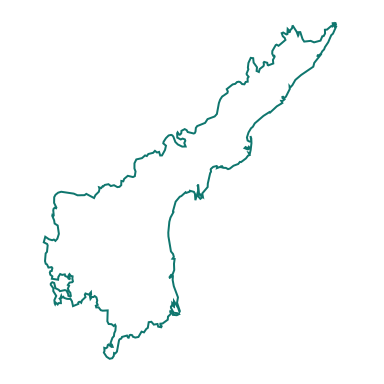 the border of Andhra Pradesh, rotated 358°
{"feature_id": "IND-2441", "entity_name": "Andhra Pradesh", "entity_type": "State", "adm_level": 1, "iso_a3": "IND", "parent_name": "India", "parent_adm1": "", "projection": "equal_earth", "projection_center": [79.939, 15.897], "detail": "fine", "context": "isolated", "style": "outline", "palette": "teal", "viewbox_px": 384, "rotation_deg": 358, "n_neighbors": 0, "source": "natural_earth", "source_scale": "10m", "svg_char_len": 5927}
<svg xmlns="http://www.w3.org/2000/svg" viewBox="0 0 384 384"><g transform="rotate(358 192 192)"><path d="M175.3,311.4L174.1,307.4L170.2,300.5L170.0,306.0L169.4,305.6L169.3,303.2L168.4,302.2L168.3,304.0L166.9,306.0L167.0,307.2L169.4,312.0L173.1,312.6L174.6,313.7L172.5,314.6L168.7,314.1L169.0,311.4L166.2,310.3L166.0,311.0L166.9,312.8L163.7,315.7L163.3,318.8L158.0,322.4L155.8,322.5L155.7,323.6L157.0,325.1L156.5,326.1L153.5,325.4L152.9,322.7L149.2,323.2L146.9,320.3L144.2,320.6L143.1,326.2L141.5,327.3L139.1,330.6L136.7,329.8L133.4,335.0L130.2,335.5L127.8,334.5L127.3,333.1L125.8,332.6L124.7,332.9L123.6,335.4L122.9,335.2L122.0,333.2L117.0,334.4L116.2,336.0L114.6,336.6L113.9,337.7L111.4,348.9L109.7,350.7L108.5,350.2L108.1,353.1L106.5,355.3L103.9,355.8L100.9,353.7L98.3,349.4L99.0,347.8L98.9,344.7L100.4,345.2L101.9,344.3L102.5,342.0L103.2,341.5L106.2,344.0L107.3,344.0L106.6,341.8L105.2,340.5L107.4,334.9L108.9,333.4L109.4,330.3L110.6,327.9L111.1,323.4L110.5,322.0L109.1,323.2L107.0,321.3L104.1,321.0L102.9,318.3L103.6,307.4L98.5,307.5L96.7,306.9L94.6,304.0L92.3,304.0L91.9,302.3L93.8,301.5L92.9,299.2L93.5,297.1L92.8,294.0L91.1,292.6L89.9,293.5L88.3,293.4L86.8,295.3L86.4,292.8L87.6,291.0L87.5,288.6L85.3,291.0L82.0,289.7L81.3,290.9L81.9,293.3L78.3,296.5L77.4,298.8L76.3,297.8L75.3,297.9L74.5,298.5L74.5,299.9L69.1,301.9L68.2,297.0L66.9,294.7L63.3,294.4L60.6,293.4L59.7,292.2L58.2,293.1L57.7,291.3L56.9,293.3L56.0,293.9L57.0,295.3L57.1,298.5L54.7,298.4L53.8,299.7L52.0,297.9L51.3,299.4L50.9,298.5L50.7,295.2L52.7,291.1L49.9,286.2L50.1,283.4L47.6,279.8L47.7,278.6L49.2,277.3L51.1,278.1L52.2,283.4L55.4,285.1L56.5,286.5L61.5,285.6L63.2,286.2L64.7,289.8L64.8,291.4L66.8,292.3L67.3,291.7L66.8,288.3L65.7,287.1L64.6,284.1L65.9,281.4L64.7,280.6L66.4,278.3L69.3,277.9L69.9,277.1L69.4,274.7L69.7,272.1L68.0,271.6L66.7,269.8L65.8,271.0L66.9,274.0L66.6,274.7L65.7,274.4L64.7,272.6L62.4,271.6L62.0,269.9L59.3,270.3L57.4,269.4L55.5,272.2L55.1,275.0L48.9,273.8L49.5,271.4L47.5,269.7L47.1,267.5L47.7,266.2L49.0,266.1L49.8,263.2L49.1,262.2L45.9,262.5L44.6,259.4L43.3,258.6L42.7,255.9L43.6,248.3L45.0,246.7L45.9,240.3L45.4,238.9L42.1,237.1L43.8,231.6L47.5,234.3L50.6,235.3L52.3,234.7L53.8,236.1L55.8,234.0L57.5,229.2L56.6,220.8L53.6,218.7L53.2,215.4L51.5,210.9L51.7,210.1L52.7,211.0L53.0,210.6L52.7,205.5L53.1,203.9L54.2,203.0L55.6,203.5L55.9,202.8L53.8,198.1L54.1,192.4L55.5,190.0L58.2,188.0L61.3,187.2L73.8,189.5L77.5,191.3L84.5,191.4L86.3,190.2L93.9,194.6L95.4,191.7L98.9,188.5L99.7,185.8L99.3,184.1L101.4,184.9L102.9,183.1L103.4,183.4L105.1,181.9L108.8,181.3L111.1,183.2L114.3,182.5L117.6,184.5L119.7,184.3L121.5,182.7L121.8,178.5L123.7,178.9L124.7,176.5L128.4,173.6L133.5,175.0L135.4,174.2L136.3,169.5L135.3,166.5L135.5,161.3L137.5,157.5L143.2,156.4L146.4,153.8L148.1,154.5L149.7,152.5L154.5,151.5L156.4,149.6L158.4,151.3L160.5,150.8L161.5,154.4L163.3,154.4L166.5,149.0L167.6,144.8L165.0,142.4L165.4,140.8L167.8,137.3L170.6,134.7L173.1,134.2L174.3,134.7L175.3,136.0L177.1,141.4L179.5,144.0L183.8,146.3L187.2,146.3L186.0,142.8L187.1,140.6L186.7,139.2L184.5,138.3L182.6,139.1L179.2,137.1L179.2,132.8L179.7,131.9L181.3,134.3L182.3,134.1L183.3,132.9L183.6,130.5L186.9,128.9L188.8,130.0L189.8,131.9L195.8,133.6L196.8,133.2L197.6,131.8L198.1,128.1L199.5,126.3L207.5,123.4L210.1,119.7L217.3,117.3L219.6,114.9L222.0,104.0L223.4,100.6L225.4,97.7L230.9,94.2L231.3,92.7L230.3,90.4L236.4,85.9L239.0,85.4L240.8,83.7L242.6,83.4L244.1,83.9L245.9,85.9L248.1,86.2L249.5,83.9L251.5,83.7L251.5,80.3L252.6,78.9L250.8,76.5L250.7,75.6L252.6,71.3L252.2,69.8L252.9,65.0L255.4,60.0L257.8,60.4L258.1,64.8L261.3,69.6L260.8,73.3L263.0,74.4L264.0,71.4L267.8,68.7L268.3,67.4L268.1,65.1L268.7,64.5L271.7,65.5L272.1,67.8L272.7,68.1L277.7,66.4L277.5,62.8L279.3,59.7L279.0,58.7L278.0,58.8L277.0,56.6L277.2,53.9L280.8,48.1L281.7,47.7L283.6,48.9L290.7,43.3L290.0,41.2L288.2,39.5L287.2,36.4L288.7,35.8L291.8,37.8L292.8,37.6L293.3,32.4L294.2,33.4L294.7,35.6L295.3,35.5L296.1,33.4L297.6,32.0L298.2,29.7L298.7,29.6L302.1,35.4L303.5,39.5L304.0,38.6L303.9,36.0L305.8,36.0L307.8,43.0L309.4,45.6L315.9,45.1L319.2,46.7L325.7,45.2L327.7,40.9L329.0,40.8L330.5,38.3L330.5,34.5L332.6,34.4L336.9,31.0L337.9,31.5L338.6,30.4L338.5,28.2L341.3,28.2L341.9,30.2L340.5,28.7L339.8,31.0L340.6,32.3L341.3,31.0L341.9,31.5L338.4,38.7L336.6,40.2L333.3,47.2L329.9,51.9L329.0,54.1L327.1,55.9L325.7,58.3L323.8,59.7L322.5,59.7L322.2,60.4L323.4,60.9L326.3,58.3L318.7,67.2L317.6,71.0L305.1,78.9L299.2,83.6L296.0,88.8L294.0,90.8L293.2,89.7L293.3,92.5L289.2,100.0L287.6,101.4L286.4,100.0L285.7,100.1L285.7,101.1L287.6,102.7L285.7,104.2L284.4,104.1L285.4,106.2L279.8,109.3L272.7,115.4L272.2,114.8L266.1,118.4L257.1,125.6L255.1,128.9L253.2,130.4L250.6,134.4L248.8,139.4L249.4,142.5L251.2,143.6L252.6,143.6L253.0,143.0L252.4,138.1L253.1,140.5L253.1,145.3L252.1,152.0L251.2,155.5L250.0,154.9L251.0,157.0L249.2,157.7L247.1,160.3L242.1,163.8L240.9,163.6L239.2,165.6L234.4,167.2L230.7,169.9L228.8,170.4L226.7,169.1L224.0,168.9L223.0,167.3L222.4,167.3L222.7,168.4L220.7,168.0L217.8,169.0L218.2,167.7L217.6,166.9L214.1,167.6L211.9,169.4L211.5,170.0L211.7,172.4L210.8,173.8L208.1,184.1L207.8,187.6L202.2,193.8L202.7,197.2L198.9,193.5L198.4,184.5L198.1,185.9L197.6,185.2L198.2,187.2L198.1,191.3L195.1,200.3L194.9,194.0L193.9,191.9L189.9,190.7L189.7,191.6L186.2,192.7L185.6,192.0L181.2,195.7L179.6,196.3L175.3,201.1L172.4,210.3L172.3,211.0L172.8,211.4L169.6,216.8L168.3,221.0L166.9,231.7L166.9,235.6L168.9,250.7L170.9,253.3L171.6,256.2L170.2,258.0L172.3,258.3L171.5,263.1L171.5,269.4L169.7,273.8L168.2,274.1L166.6,276.3L166.8,276.9L167.6,276.6L169.4,274.6L170.0,275.2L169.6,279.3L170.5,285.4L174.3,296.8L173.2,302.1L175.7,310.6L175.3,311.4ZM248.1,150.0L247.4,149.3L247.7,148.4L246.1,150.0L249.2,151.4L250.1,151.0L249.4,150.8L250.5,150.5L250.7,149.3L250.3,148.8L249.6,149.8L248.1,150.0ZM201.1,196.3L201.7,198.0L200.1,199.1L197.3,195.5L198.1,193.8L201.1,196.3Z" fill="none" stroke="#0f766e" stroke-width="2"/></g></svg>